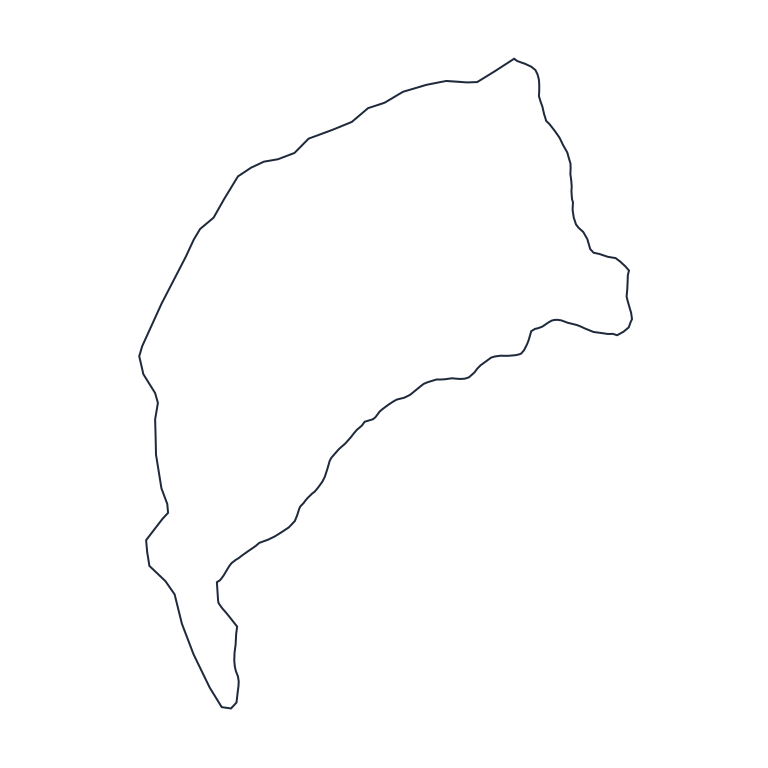 outline of Balam, Mongar, Bhutan, rotated 182°
{"feature_id": "84629894B21655800544266", "entity_name": "Balam", "entity_type": "district", "adm_level": 2, "iso_a3": "BTN", "parent_name": "Bhutan", "parent_adm1": "Mongar", "projection": "natural_earth1", "projection_center": [91.392, 27.348], "detail": "fine", "context": "isolated", "style": "outline", "palette": "slate", "viewbox_px": 768, "rotation_deg": 182, "n_neighbors": 0, "source": "geoboundaries", "source_scale": "gbopen_adm2", "svg_char_len": 2687}
<svg xmlns="http://www.w3.org/2000/svg" viewBox="0 0 768 768"><g transform="rotate(182 384 384)"><path d="M534.9,55.4L525.6,54.4L520.3,60.5L519.4,71.7L518.9,76.6L518.8,81.5L519.7,86.5L522.1,92.1L523.3,96.8L524.0,102.4L524.0,110.1L523.2,118.5L523.0,129.3L522.3,136.4L532.5,148.4L535.0,151.2L537.5,153.8L540.2,157.2L541.8,159.5L542.3,162.1L543.2,171.2L544.1,180.1L540.9,182.3L537.8,186.7L532.5,196.3L530.2,199.6L526.1,203.0L522.8,205.2L520.4,207.3L514.2,212.0L506.5,217.7L503.1,220.9L494.4,224.4L487.9,227.8L480.1,233.1L474.1,237.4L468.3,244.0L466.2,249.8L464.3,256.6L463.3,258.8L460.2,262.2L458.6,264.6L456.4,267.4L452.1,271.9L449.4,274.1L446.4,278.0L442.1,284.4L439.9,289.2L437.5,297.6L435.6,305.3L434.0,308.5L426.6,317.6L420.6,323.2L415.3,329.6L412.5,333.5L409.4,337.4L404.8,341.5L402.0,345.6L393.8,348.4L391.4,350.5L387.4,356.3L384.8,358.7L379.5,363.0L374.3,366.7L370.7,368.9L363.3,371.0L360.4,372.5L357.4,374.2L347.3,383.1L344.2,385.6L340.2,387.4L331.5,390.4L328.4,390.4L323.7,390.8L316.3,392.1L313.2,391.9L308.1,391.7L303.6,392.1L299.4,393.6L294.1,398.6L291.4,402.5L288.1,406.1L277.9,414.1L274.5,415.3L268.8,416.3L260.9,416.5L253.5,417.4L250.4,418.2L248.1,419.1L245.2,422.7L242.3,429.0L240.9,433.1L238.7,441.9L235.1,444.3L232.1,445.1L227.9,446.8L221.6,451.4L218.4,453.3L215.8,454.0L213.0,454.2L209.1,453.8L202.5,451.6L193.4,449.7L189.1,448.2L185.7,446.7L176.4,443.3L169.1,442.6L162.1,441.8L157.1,442.1L152.7,440.9L146.6,444.5L141.4,449.1L139.6,454.7L138.4,457.5L139.5,463.7L141.5,469.7L143.7,476.5L144.6,480.0L144.2,486.8L144.1,494.3L144.1,501.5L143.1,505.9L146.9,510.0L152.0,514.4L156.9,517.9L164.7,518.9L173.4,521.5L179.1,522.5L182.6,526.0L185.9,536.0L190.2,542.9L195.1,547.0L197.7,550.2L200.2,557.0L200.9,561.0L201.6,564.5L201.5,572.3L202.5,575.1L202.9,578.2L203.4,583.3L203.3,588.0L204.0,594.1L205.1,600.5L205.0,605.9L205.3,610.7L207.6,617.6L208.9,621.7L213.4,629.1L217.2,636.3L222.4,643.2L227.7,649.5L231.2,652.7L232.0,655.4L233.4,659.2L235.4,666.8L237.4,671.7L239.2,677.1L239.1,682.6L239.3,688.7L239.8,693.5L241.3,698.6L243.6,703.0L247.8,706.2L253.9,708.8L262.1,711.4L265.3,713.6L283.8,700.7L301.4,689.0L311.3,688.3L332.7,689.0L352.3,684.4L375.2,676.7L393.3,665.1L409.6,659.1L425.3,644.8L444.9,636.0L467.9,626.6L481.5,611.8L497.9,604.9L511.8,602.0L524.5,595.5L537.2,586.4L550.1,563.5L560.1,544.3L573.2,532.5L579.0,522.0L586.6,504.1L609.1,456.6L627.0,413.3L629.6,403.2L625.7,388.7L624.9,385.5L612.4,366.9L609.3,357.2L611.5,340.7L610.4,323.2L609.4,305.5L602.8,272.0L596.4,256.5L595.3,247.7L600.6,241.6L609.4,229.3L616.3,219.6L614.8,207.7L612.1,194.0L595.5,179.3L585.9,166.4L577.6,137.3L564.9,107.2L547.6,74.5L534.9,55.4Z" fill="none" stroke="#1e293b" stroke-width="2"/></g></svg>